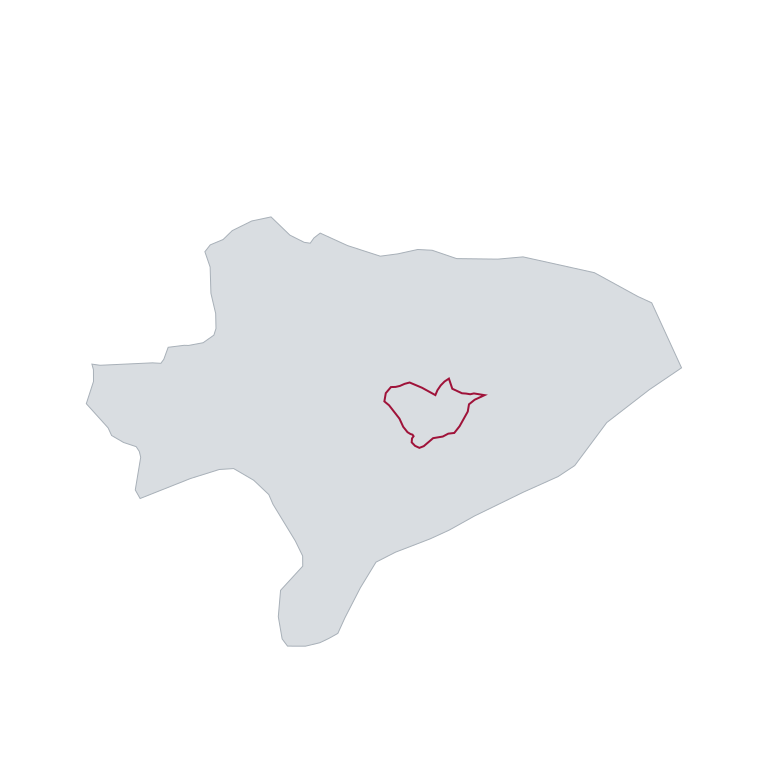 Mwaro on a map of Burundi (Robinson projection), rotated 244°
{"feature_id": "BDI-5588", "entity_name": "Mwaro", "entity_type": "Province", "adm_level": 1, "iso_a3": "BDI", "parent_name": "Burundi", "parent_adm1": "", "projection": "robinson", "projection_center": [29.724, -3.536], "detail": "fine", "context": "in_parent", "style": "outline", "palette": "rose", "viewbox_px": 768, "rotation_deg": 244, "n_neighbors": 0, "source": "natural_earth", "source_scale": "10m", "svg_char_len": 1644}
<svg xmlns="http://www.w3.org/2000/svg" viewBox="0 0 768 768"><g transform="rotate(244 384 384)"><path d="M529.9,130.2L525.3,137.0L504.5,185.2L500.4,192.5L502.7,196.9L511.6,206.1L506.4,221.3L504.3,225.3L500.4,239.5L502.5,252.5L507.5,257.3L521.1,263.6L541.4,268.2L565.3,279.0L581.4,281.0L585.2,288.8L584.4,302.8L588.4,314.9L588.5,336.6L583.7,355.7L559.0,364.7L546.3,374.4L542.9,379.4L546.0,385.1L547.6,392.8L524.4,411.9L500.5,436.7L494.9,453.5L490.1,473.3L483.1,485.9L464.9,504.2L446.4,540.9L437.3,564.7L391.8,621.9L351.4,650.5L339.6,660.2L268.1,658.5L262.6,620.0L251.7,567.3L227.1,519.7L224.5,499.9L225.7,461.5L225.7,407.5L224.1,378.5L224.6,357.4L227.8,320.6L227.4,298.7L211.2,273.4L191.0,246.4L180.1,233.2L179.5,222.6L179.6,212.8L182.8,198.4L190.7,182.4L199.5,180.7L221.2,187.0L243.9,200.6L255.9,231.1L265.1,235.5L281.8,235.5L324.5,231.5L335.1,232.0L354.6,224.7L373.9,211.8L379.4,198.4L383.9,168.5L388.0,114.6L397.8,114.0L424.8,133.2L430.6,134.5L436.3,133.8L445.6,124.3L457.1,116.6L465.5,116.8L496.8,107.8L513.6,124.0L524.2,129.1L529.9,130.2Z" fill="#d9dde1" stroke="#a8b0b8" stroke-width="1"/><path d="M368.2,376.7L375.0,381.6L378.2,388.9L376.3,393.1L375.3,397.4L375.1,402.6L374.1,407.7L364.0,416.5L351.5,425.3L355.0,429.3L357.9,434.4L359.7,439.5L360.4,444.7L349.8,443.3L341.5,450.0L339.4,453.6L337.0,457.0L336.1,460.7L329.9,469.5L330.1,458.6L328.5,451.5L322.5,447.2L312.9,433.4L309.2,425.7L311.2,420.0L311.0,413.8L313.8,404.4L310.7,392.5L311.1,387.8L314.8,384.8L319.4,383.3L322.8,385.3L324.1,387.7L326.0,387.4L327.4,385.9L330.4,384.0L337.1,382.5L346.1,382.7L362.7,379.2L368.2,376.7Z" fill="none" stroke="#9f1239" stroke-width="2"/></g></svg>